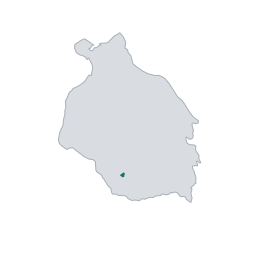 location of Lozna, Salaj, Romania, rotated 227°
{"feature_id": "2599482B10357356910140", "entity_name": "Lozna", "entity_type": "district", "adm_level": 2, "iso_a3": "ROU", "parent_name": "Romania", "parent_adm1": "Salaj", "projection": "equal_earth", "projection_center": [23.494, 47.297], "detail": "fine", "context": "in_parent", "style": "filled", "palette": "teal", "viewbox_px": 256, "rotation_deg": 227, "n_neighbors": 0, "source": "geoboundaries", "source_scale": "gbopen_adm2", "svg_char_len": 3937}
<svg xmlns="http://www.w3.org/2000/svg" viewBox="0 0 256 256"><g transform="rotate(227 128 128)"><path d="M194.4,141.0L196.6,143.7L199.4,145.2L205.8,146.8L206.4,146.6L206.5,146.3L206.0,145.9L205.9,145.4L206.2,144.7L207.1,144.7L208.5,145.3L211.3,144.4L215.2,142.2L218.9,141.8L222.3,143.1L224.1,144.6L225.3,146.1L225.0,147.8L224.8,149.0L224.1,153.6L223.5,155.3L222.6,157.2L212.2,159.5L212.8,158.4L212.5,156.5L212.0,155.0L212.9,153.7L210.6,153.2L209.5,153.9L208.8,155.2L209.6,158.1L208.5,159.7L208.1,160.6L208.1,162.8L207.4,163.7L207.3,164.7L209.0,164.4L208.3,166.3L205.2,169.8L204.2,171.9L204.7,180.4L203.4,185.4L203.3,186.9L200.0,186.9L199.0,186.8L195.7,186.1L192.1,184.7L190.0,182.1L188.6,180.3L185.6,181.1L185.0,180.9L184.1,180.0L181.8,179.4L179.0,179.4L172.6,176.0L171.9,175.4L167.0,176.0L159.5,177.6L153.9,179.7L148.1,183.4L145.7,186.2L143.0,187.7L139.0,188.8L132.0,188.4L124.7,187.0L116.8,185.5L112.6,186.3L106.8,185.7L98.1,183.9L91.7,183.3L85.3,184.4L84.3,183.6L84.0,182.7L84.3,181.3L85.2,180.3L86.7,179.5L87.5,178.6L87.6,177.8L85.9,176.5L82.4,174.6L80.9,173.5L80.6,173.2L80.5,172.2L79.8,171.4L78.4,170.8L77.3,169.7L76.6,168.2L76.8,166.7L77.8,165.3L79.2,164.8L80.9,164.9L81.6,164.6L81.3,163.6L79.7,162.4L76.7,160.9L73.7,161.7L70.5,164.8L68.3,165.3L66.9,163.2L64.5,162.0L61.0,161.6L58.9,160.8L58.1,159.6L56.6,158.6L53.2,157.7L53.2,156.7L53.7,156.5L54.9,156.4L56.5,156.2L56.8,155.7L56.8,155.2L55.6,154.6L54.3,154.1L53.6,153.7L53.2,153.3L53.1,152.8L53.5,152.4L54.0,152.4L54.5,152.1L54.8,151.0L55.5,150.1L56.0,149.7L56.0,149.1L55.5,148.4L54.8,147.9L53.8,147.5L50.6,146.6L49.0,145.2L48.0,145.2L46.4,144.4L44.8,143.3L43.3,141.6L41.8,140.5L41.4,140.1L41.3,139.7L41.6,139.2L41.6,138.7L41.2,137.1L41.5,135.4L41.5,133.7L41.5,133.0L41.2,132.8L40.9,133.0L40.5,133.3L40.1,133.4L39.0,132.2L37.6,129.8L36.6,129.0L34.7,128.0L33.0,127.0L31.9,125.0L30.7,123.5L31.5,122.9L36.2,122.0L38.3,122.8L39.3,122.5L40.3,121.8L40.8,121.2L40.9,120.6L41.4,119.9L43.0,119.5L47.1,120.0L48.8,118.9L49.4,118.3L49.8,117.1L50.3,116.0L51.8,115.5L51.7,114.5L51.5,113.5L52.4,111.3L53.0,110.3L53.8,110.0L54.8,109.3L56.6,107.8L56.2,106.5L56.6,105.5L58.4,103.2L59.8,101.0L59.8,99.9L60.0,98.9L61.3,97.8L62.6,96.4L64.3,92.1L64.9,91.3L66.1,90.5L66.9,89.7L67.0,86.8L67.8,86.0L69.3,85.1L70.8,83.6L72.0,81.9L73.0,81.0L74.2,80.8L75.5,80.1L77.0,79.9L78.5,80.2L79.4,80.0L80.8,79.2L84.3,76.0L84.8,75.3L85.6,74.9L88.4,73.8L89.2,72.7L90.2,71.7L91.4,71.8L95.6,74.2L100.0,74.1L100.8,74.2L101.1,74.2L101.6,74.4L107.6,75.6L108.5,75.5L108.7,75.4L111.1,76.4L113.2,76.3L115.2,75.6L117.3,75.3L119.2,75.8L120.7,77.2L124.5,80.2L125.6,81.3L127.3,81.1L129.3,80.6L131.2,78.6L137.1,76.3L141.6,75.7L146.1,74.8L151.2,74.2L152.6,72.3L153.4,71.0L154.0,68.7L156.7,68.0L159.3,67.6L160.3,67.3L162.2,67.2L163.6,67.4L166.0,68.5L167.6,70.0L168.3,71.1L169.7,72.7L171.2,75.0L172.8,78.1L173.2,79.6L173.8,81.3L175.1,83.3L177.4,85.6L177.7,86.0L178.8,87.6L180.9,91.1L182.6,92.5L184.1,94.1L184.8,95.6L185.9,97.0L188.4,98.9L190.4,100.6L192.2,105.5L193.3,107.7L194.1,109.5L193.8,113.0L194.3,114.5L193.5,117.2L192.0,122.7L191.7,127.1L192.0,129.5L192.1,131.0L192.6,132.0L193.0,134.0L193.2,135.7L192.6,136.2L191.8,136.7L191.4,137.0L192.2,137.8L193.3,139.3L194.4,141.0Z" fill="#d9dde1" stroke="#a8b0b8" stroke-width="1"/><path d="M97.9,93.8L97.8,93.7L97.7,93.7L97.7,93.4L97.8,93.3L97.8,93.2L97.8,92.9L97.9,92.7L98.0,92.5L98.1,92.4L98.1,92.2L98.1,91.9L97.9,91.8L97.9,91.7L98.0,91.7L98.0,91.4L97.9,91.4L98.0,91.4L97.9,91.4L98.0,91.3L98.0,91.2L98.3,91.0L98.3,90.9L98.2,90.8L98.2,90.7L97.8,90.7L97.7,90.7L97.6,90.8L97.4,90.9L97.2,90.9L97.2,91.0L97.0,91.3L97.0,91.2L96.9,91.2L96.9,91.3L96.9,91.5L96.8,91.4L96.6,91.5L96.4,91.5L96.2,91.7L96.2,91.8L96.1,91.7L96.1,91.8L96.0,91.7L95.9,91.7L95.8,91.8L95.9,92.0L96.1,92.0L96.3,92.1L96.5,92.2L96.5,92.3L96.6,92.5L96.7,92.8L96.8,92.9L96.8,93.0L96.9,93.3L97.0,93.3L97.0,93.5L97.0,93.8L97.3,93.9L97.5,93.9L97.8,93.9L97.9,93.8Z" fill="#14b8a6" stroke="#0f766e" stroke-width="1.5"/></g></svg>